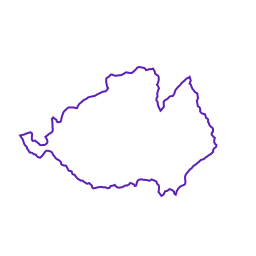 Marabá Paulista, São Paulo, Brazil (Robinson projection), rotated 36°
{"feature_id": "56859067B14081948497255", "entity_name": "Marabá Paulista", "entity_type": "district", "adm_level": 2, "iso_a3": "BRA", "parent_name": "Brazil", "parent_adm1": "São Paulo", "projection": "robinson", "projection_center": [-52.077, -22.12], "detail": "fine", "context": "isolated", "style": "outline", "palette": "violet", "viewbox_px": 256, "rotation_deg": 36, "n_neighbors": 0, "source": "geoboundaries", "source_scale": "gbopen_adm2", "svg_char_len": 4341}
<svg xmlns="http://www.w3.org/2000/svg" viewBox="0 0 256 256"><g transform="rotate(36 128 128)"><path d="M100.5,72.8L100.0,74.0L99.9,75.9L99.6,77.8L99.2,79.7L98.6,81.5L96.9,82.4L95.3,83.4L94.1,83.8L93.3,84.8L92.7,86.6L91.9,88.4L91.2,89.4L90.1,90.3L88.7,91.7L87.2,93.2L85.1,93.8L83.5,94.3L82.5,95.1L82.6,96.7L82.1,98.5L81.3,100.1L81.8,101.4L82.7,102.8L83.6,103.9L84.5,104.7L85.8,105.9L87.1,107.0L88.5,107.4L88.6,110.0L88.3,111.5L87.1,112.5L86.0,113.9L85.3,115.3L84.4,117.0L83.5,118.6L82.9,120.1L82.1,121.7L81.2,122.7L80.0,124.0L78.8,125.3L77.7,126.8L77.1,129.1L75.9,131.0L75.4,133.0L75.1,134.7L74.6,136.3L74.4,137.8L74.6,139.6L75.1,141.9L73.8,142.7L72.7,143.0L71.6,143.6L70.1,144.6L69.1,145.3L67.9,146.3L67.2,148.2L66.9,150.0L66.5,152.2L66.7,154.0L67.2,155.6L67.6,156.9L68.1,158.3L68.8,160.0L69.5,161.2L69.7,162.8L68.1,164.4L66.7,164.7L65.3,163.5L63.3,163.6L61.3,163.4L61.0,165.3L62.1,166.3L63.1,167.4L63.9,168.4L64.7,169.4L65.6,170.3L66.3,171.7L67.6,172.8L68.8,174.6L68.8,176.3L68.3,177.7L67.7,179.0L67.2,180.8L66.9,182.1L66.4,183.7L67.8,184.3L69.6,185.2L70.9,186.4L71.4,187.6L71.1,189.3L70.4,190.8L69.1,191.8L67.8,193.0L66.6,193.5L65.4,193.1L64.2,193.0L62.0,193.0L60.1,192.8L59.3,193.7L58.4,194.5L56.9,193.7L55.8,192.2L54.8,190.5L53.5,188.8L51.4,188.9L50.1,190.8L48.9,192.3L48.2,193.8L46.9,195.4L46.0,196.4L45.1,197.5L46.7,198.1L49.4,199.0L51.3,200.3L52.5,201.3L53.8,202.1L55.0,202.5L56.3,202.7L57.4,202.9L58.2,203.9L59.7,204.3L61.1,204.9L62.8,205.6L64.1,204.8L65.2,204.5L67.3,204.5L69.1,203.7L70.2,204.2L72.3,204.5L74.4,203.7L74.9,201.1L75.0,198.4L74.9,196.4L75.2,194.6L76.7,193.4L78.0,192.9L79.5,192.4L81.1,192.5L82.2,193.1L83.2,193.8L85.2,194.2L86.7,194.8L88.9,195.1L90.7,194.6L92.7,194.8L94.2,195.3L95.3,196.6L96.6,196.5L98.2,196.0L100.0,194.9L103.1,196.4L105.2,197.4L107.8,196.2L109.4,197.5L110.5,197.9L112.3,197.3L114.8,198.1L116.9,198.6L118.2,198.5L120.9,198.3L122.4,197.2L123.9,197.5L127.8,197.1L129.0,195.3L131.0,195.7L132.6,195.8L134.0,197.2L135.7,197.1L137.1,195.4L139.1,193.0L141.6,191.0L142.8,190.6L144.3,189.4L145.7,189.0L147.2,188.6L148.3,187.1L148.0,185.2L149.7,183.5L150.7,181.8L151.8,182.2L153.2,182.3L154.6,182.2L155.7,181.6L157.7,179.8L158.4,178.7L159.6,176.1L161.2,174.9L162.0,172.9L162.1,171.1L163.8,170.6L165.9,170.2L167.5,170.9L168.4,169.9L167.0,166.3L166.9,164.3L167.6,162.9L168.6,162.0L171.2,160.6L173.7,159.1L175.3,158.5L176.6,157.8L177.2,155.8L179.1,155.3L182.3,154.6L184.3,156.0L186.3,156.2L187.9,157.6L189.4,160.1L190.3,161.8L192.9,162.6L194.9,163.3L195.8,161.5L195.7,159.8L195.2,157.5L196.8,155.6L197.4,153.1L198.8,152.6L200.8,152.2L202.7,152.5L203.9,153.8L205.8,153.9L205.3,152.3L204.5,150.2L204.3,147.6L204.6,144.8L205.6,143.0L207.1,140.4L206.8,139.1L206.2,137.8L205.3,137.0L204.3,135.7L202.9,134.1L202.3,132.5L202.1,130.3L202.3,128.2L202.4,126.4L202.5,124.7L203.1,123.4L203.2,121.7L203.2,120.2L204.2,117.9L204.7,115.8L205.3,113.9L205.6,111.6L206.1,110.4L207.2,109.3L207.9,107.6L208.1,106.1L208.8,104.7L209.1,103.2L209.7,101.7L210.4,100.3L210.9,97.3L209.8,95.9L209.7,93.8L210.4,91.4L209.4,89.7L207.9,89.7L206.2,88.9L204.9,87.2L204.1,85.0L202.7,84.9L201.5,84.7L199.6,84.2L198.6,82.7L199.0,81.4L198.4,80.2L197.7,79.2L196.5,78.3L195.0,78.2L193.6,78.2L191.7,77.5L190.6,76.5L189.1,76.0L188.0,74.2L186.8,73.7L185.2,74.0L183.7,72.7L182.1,71.6L181.0,72.1L179.6,72.7L177.7,72.6L176.5,72.1L175.4,70.4L174.0,69.3L172.8,69.2L171.4,69.2L170.4,68.1L169.1,66.8L167.7,65.5L167.3,63.6L167.0,62.3L165.8,61.6L164.9,60.6L163.9,59.3L162.3,59.5L160.9,59.6L159.2,58.9L156.8,58.3L154.8,57.1L153.1,55.9L151.7,55.9L151.3,54.3L150.9,52.8L149.2,51.4L147.8,50.4L147.4,52.0L146.4,53.3L146.1,54.9L145.9,56.2L145.4,58.1L144.9,60.3L145.0,62.6L144.5,64.4L144.3,66.2L144.2,67.7L144.1,69.4L144.5,71.0L145.2,72.5L145.3,74.1L145.5,75.6L144.4,76.7L143.2,78.0L143.0,79.9L142.6,81.8L141.9,83.1L141.4,84.6L141.6,86.1L143.0,87.7L143.8,88.9L144.7,90.0L144.4,91.7L144.4,93.1L144.1,94.9L142.3,93.9L140.8,93.1L139.0,92.0L138.0,91.1L137.0,89.8L135.9,89.3L134.7,88.9L133.6,87.3L133.3,84.9L131.8,83.6L130.9,81.8L130.1,79.5L129.8,77.7L128.5,77.0L127.2,76.2L126.0,76.0L125.8,74.1L125.1,72.1L124.0,70.1L122.8,68.7L121.4,68.0L119.7,68.2L118.0,68.1L117.1,67.2L116.1,66.4L114.8,65.9L113.5,65.2L112.2,66.8L110.7,67.7L109.7,69.3L108.6,70.6L106.9,69.9L105.6,70.0L104.0,70.8L102.7,71.3L101.4,72.0L100.5,72.8Z" fill="none" stroke="#5b21b6" stroke-width="2"/></g></svg>